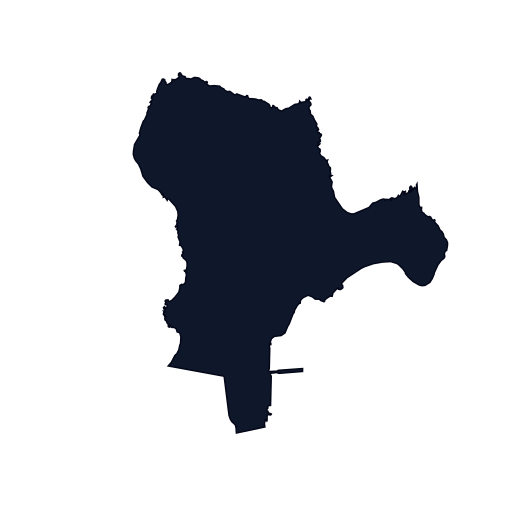 outline of Moule A Chique, Vieux Fort, Saint Lucia, rotated 208°
{"feature_id": "8701671B37545518209863", "entity_name": "Moule A Chique", "entity_type": "district", "adm_level": 2, "iso_a3": "LCA", "parent_name": "Saint Lucia", "parent_adm1": "Vieux Fort", "projection": "robinson", "projection_center": [-60.948, 13.716], "detail": "fine", "context": "isolated", "style": "filled", "palette": "ink", "viewbox_px": 512, "rotation_deg": 208, "n_neighbors": 0, "source": "geoboundaries", "source_scale": "gbopen_adm2", "svg_char_len": 6148}
<svg xmlns="http://www.w3.org/2000/svg" viewBox="0 0 512 512"><g transform="rotate(208 256 256)"><path d="M281.9,117.7L227.7,134.9L205.0,102.6L202.1,99.9L199.6,98.4L195.0,97.2L192.8,94.7L190.2,90.5L167.9,109.2L170.0,112.1L170.5,114.5L170.9,114.8L170.7,115.6L170.1,115.8L169.0,115.4L169.0,116.0L171.5,120.7L170.6,121.7L168.6,122.4L168.2,123.1L168.3,123.7L171.5,123.3L172.6,124.5L173.3,124.3L173.9,124.8L174.4,125.7L174.1,127.1L175.2,129.4L173.0,130.9L186.2,157.2L186.9,157.1L188.2,159.2L183.0,162.8L180.6,163.2L160.7,175.9L162.0,178.5L182.7,165.5L183.2,164.3L190.0,160.3L191.3,160.7L191.3,162.5L192.1,164.2L200.6,181.1L202.0,182.7L202.3,183.8L201.3,184.7L201.8,185.7L202.5,185.3L202.8,186.0L203.6,190.2L202.0,193.7L196.4,197.6L194.3,201.7L195.0,209.0L194.8,211.3L196.1,222.2L195.8,223.9L196.5,226.5L196.3,231.6L195.8,234.1L194.8,235.0L195.7,237.2L195.7,239.0L194.7,241.6L191.6,245.8L187.0,246.4L183.5,245.7L179.8,247.6L178.0,247.1L174.6,247.5L174.2,248.0L174.6,249.8L173.1,253.0L171.7,255.4L169.8,256.2L170.7,259.3L169.0,266.3L168.3,266.3L167.7,265.3L166.2,265.8L165.6,266.1L164.6,268.0L164.4,268.8L165.8,270.8L167.0,271.0L167.6,272.1L165.5,279.5L157.2,294.7L154.9,297.8L148.6,304.5L141.5,310.0L134.5,314.3L128.3,315.5L126.3,315.4L120.1,313.6L116.3,311.6L115.8,310.7L111.4,308.8L105.2,307.2L98.1,307.0L95.3,307.8L93.0,309.4L90.1,314.3L89.8,318.6L90.2,323.5L90.7,324.8L91.2,333.7L90.4,338.9L88.9,342.5L89.1,344.3L90.9,346.6L91.1,349.2L90.3,350.4L91.9,355.3L93.0,357.5L95.4,359.6L98.6,360.7L101.0,363.4L103.5,364.9L105.5,365.2L109.4,368.1L114.3,369.8L114.8,371.6L115.5,371.8L116.4,370.8L117.4,370.6L119.9,372.3L121.2,372.4L122.1,371.6L123.4,371.4L126.5,371.8L127.7,372.5L129.7,372.6L131.2,373.7L132.6,376.7L134.1,375.9L136.2,377.7L139.8,384.3L143.7,388.7L147.7,395.2L147.7,394.1L146.5,392.0L146.2,390.6L148.0,391.0L147.8,390.1L149.2,389.6L148.2,388.6L148.6,388.2L149.7,388.4L151.3,390.3L152.1,390.4L152.4,389.6L152.3,388.2L151.6,387.5L149.5,386.8L149.1,386.1L149.3,385.2L150.2,384.7L150.6,386.2L151.3,386.3L151.6,385.2L151.1,383.5L154.1,379.9L154.7,381.1L154.1,382.7L154.4,383.2L155.1,382.2L156.9,382.1L156.8,376.6L157.0,376.2L158.8,376.4L158.6,375.0L159.1,373.4L160.2,371.8L162.8,371.3L162.9,369.1L163.9,370.5L164.9,368.4L168.3,366.8L168.5,365.8L169.4,366.4L170.5,366.0L172.4,364.0L175.3,359.7L177.8,357.5L179.0,351.9L189.3,339.2L191.9,337.8L195.9,337.2L201.9,338.2L214.1,344.6L218.1,349.6L220.7,351.3L222.1,352.9L223.5,357.1L228.5,360.4L228.8,361.0L227.4,361.3L226.7,362.7L228.0,362.4L228.5,362.7L228.7,363.7L230.3,365.7L231.0,367.7L231.8,368.8L234.3,369.5L234.6,370.2L236.9,371.9L237.5,372.5L237.8,374.3L238.8,373.2L242.4,374.8L245.8,375.0L248.1,376.4L248.4,378.5L249.5,380.3L251.7,380.5L253.7,382.5L252.8,383.1L252.3,384.9L253.5,384.6L254.5,385.3L253.1,386.6L253.0,387.5L253.5,388.4L255.1,389.6L254.9,393.3L255.5,394.1L257.5,394.0L258.1,394.6L259.0,393.9L259.7,394.0L259.6,394.6L261.1,395.9L261.3,396.5L261.0,396.9L260.1,396.7L260.1,397.1L262.2,398.5L263.7,398.7L264.1,400.9L264.5,401.3L268.5,403.7L271.4,406.1L274.4,406.8L276.4,409.7L277.9,410.3L279.3,412.7L278.5,414.6L278.7,415.9L280.2,417.2L281.9,417.3L282.6,420.0L281.3,420.4L282.5,421.5L283.3,421.5L283.6,421.0L283.5,418.0L284.4,418.3L285.2,418.0L285.3,417.5L284.6,416.5L285.0,415.3L287.8,413.2L288.0,412.4L290.1,413.2L289.6,411.4L290.3,410.0L292.9,408.1L296.4,401.9L298.7,400.2L301.7,395.7L303.5,395.8L304.0,395.4L306.1,396.1L307.0,396.9L308.2,396.2L311.2,397.0L311.7,396.8L311.6,396.0L311.1,394.7L313.1,393.6L314.4,395.2L315.8,396.0L321.6,396.4L322.8,395.7L324.4,396.5L327.3,394.8L329.8,394.5L334.3,392.6L335.7,391.6L337.6,392.4L338.7,393.6L339.2,393.5L339.7,393.1L339.4,392.2L339.9,391.7L341.5,391.1L349.1,390.1L349.9,388.6L350.7,388.2L356.4,389.1L358.3,387.7L360.1,387.6L361.7,387.7L362.7,388.4L366.1,388.3L367.8,388.9L373.1,386.7L376.8,384.3L379.8,384.5L380.5,385.0L380.3,386.1L380.9,386.8L381.9,386.7L382.5,385.3L385.0,385.9L387.2,385.7L389.1,386.3L390.8,386.1L394.2,384.8L396.5,381.7L399.1,380.9L400.8,379.8L402.9,381.1L405.6,380.4L408.6,382.1L409.4,381.9L409.9,380.5L409.3,379.1L408.0,378.4L408.0,377.6L409.3,374.6L411.0,373.2L413.0,372.5L412.2,370.7L412.2,369.5L414.2,366.1L416.2,365.3L416.9,366.9L418.5,367.6L419.6,368.9L420.0,368.5L421.1,368.7L421.8,368.0L421.5,364.2L422.0,362.4L421.4,357.0L420.9,354.7L419.9,353.6L421.1,351.4L422.6,350.9L422.7,350.3L421.6,349.1L421.7,348.5L422.9,348.6L423.1,348.0L422.4,346.1L421.2,345.8L420.9,344.4L421.6,343.0L421.6,342.2L421.0,342.7L420.5,342.4L419.8,339.6L420.0,338.5L421.0,337.6L421.0,336.5L419.9,335.3L419.4,330.9L418.7,330.4L418.3,323.6L418.8,322.3L417.9,315.3L416.6,309.6L415.6,308.9L415.2,307.8L415.6,297.5L413.4,291.0L412.1,288.2L409.4,285.3L406.8,283.6L403.1,282.1L398.5,278.7L393.2,273.3L386.1,269.9L380.2,268.1L373.6,268.7L370.0,267.4L367.8,266.0L367.3,265.9L366.7,267.0L365.4,264.3L364.5,265.3L363.8,265.3L360.6,263.5L360.8,265.1L359.6,265.4L350.3,262.0L345.9,258.6L343.7,255.1L342.4,250.9L342.6,249.6L341.7,249.1L341.2,247.7L340.5,247.6L341.0,244.1L340.2,243.8L339.7,245.3L338.6,244.5L338.3,243.4L338.7,242.4L336.8,241.7L335.9,239.8L334.2,238.1L333.7,236.2L329.7,232.8L328.6,229.6L326.8,230.0L323.7,228.0L322.3,226.1L322.7,225.0L321.5,223.9L322.0,222.3L321.6,221.1L320.7,221.3L319.2,220.1L315.5,219.3L313.8,217.8L312.2,214.9L311.1,211.8L311.3,210.7L312.5,209.6L311.9,209.0L309.9,209.0L310.2,208.5L308.4,206.4L307.8,203.9L306.1,200.1L306.0,198.5L306.8,196.6L308.3,196.1L309.4,194.3L308.4,192.4L307.1,187.8L308.2,181.7L309.5,177.4L310.7,175.3L312.1,175.2L313.1,176.0L315.0,174.7L315.2,174.1L314.8,173.2L313.5,172.3L313.8,171.3L313.3,170.5L311.5,171.1L310.9,170.2L310.7,169.2L311.0,167.4L313.0,168.3L313.5,167.1L312.6,166.0L310.8,165.9L310.7,164.9L311.8,164.0L310.3,163.6L310.3,163.2L311.0,163.1L310.5,161.1L309.2,160.5L308.2,160.8L308.2,159.7L306.8,159.8L307.4,158.2L306.2,156.8L304.8,156.6L302.4,154.7L301.0,154.5L300.5,154.1L300.8,153.1L300.4,152.8L299.9,155.4L299.9,152.5L299.0,152.5L298.8,153.4L296.6,153.5L294.8,154.5L292.3,154.3L289.9,151.9L288.3,152.4L286.8,152.0L284.2,149.1L281.6,143.3L281.4,141.3L280.1,136.9L280.0,132.6L280.9,130.1L280.8,122.6L281.9,117.7Z" fill="#0f172a" stroke="#020617" stroke-width="1.5"/></g></svg>